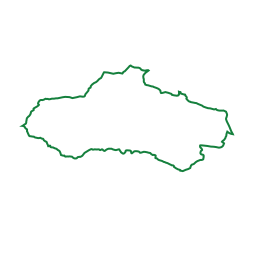 the district of Rondón, Boyacá, Colombia, rotated 248°
{"feature_id": "7082276B99047670325633", "entity_name": "Rondón", "entity_type": "district", "adm_level": 2, "iso_a3": "COL", "parent_name": "Colombia", "parent_adm1": "Boyacá", "projection": "equal_earth", "projection_center": [-73.204, 5.384], "detail": "fine", "context": "isolated", "style": "outline", "palette": "green", "viewbox_px": 256, "rotation_deg": 248, "n_neighbors": 0, "source": "geoboundaries", "source_scale": "gbopen_adm2", "svg_char_len": 5783}
<svg xmlns="http://www.w3.org/2000/svg" viewBox="0 0 256 256"><g transform="rotate(248 128 128)"><path d="M68.4,161.4L67.8,162.1L67.5,162.8L67.6,166.0L67.4,168.4L67.6,170.7L68.5,171.4L69.6,172.4L70.1,173.5L70.0,174.5L70.0,175.6L70.9,177.9L71.2,179.2L71.3,180.1L71.3,183.1L70.9,183.9L70.7,184.9L70.8,186.0L72.6,187.2L73.4,187.4L73.6,187.7L74.0,187.8L74.6,187.8L75.1,187.5L76.0,186.2L76.4,185.9L77.2,185.7L77.8,185.8L79.2,186.8L79.5,187.5L79.7,188.2L79.9,188.5L80.6,188.6L81.6,188.4L83.0,187.8L83.6,187.8L84.6,188.2L84.8,188.4L84.7,188.9L84.0,190.4L81.7,194.7L79.7,197.9L78.5,200.5L77.4,202.4L75.8,204.8L75.5,205.7L75.4,206.3L75.3,207.3L75.4,208.1L75.9,209.4L76.6,210.2L77.8,211.3L80.0,210.0L80.4,210.6L80.6,211.1L80.8,212.2L81.2,213.0L82.1,214.4L83.0,215.1L83.7,216.0L84.4,216.5L85.1,216.8L86.1,217.5L87.4,218.7L85.7,219.7L85.2,220.1L84.0,221.4L83.0,222.9L83.5,222.9L84.4,222.7L86.6,222.5L87.8,222.5L91.0,222.5L93.3,222.4L97.1,222.1L99.4,222.2L99.9,222.4L100.6,222.9L101.2,223.5L103.0,224.8L103.4,224.9L104.1,225.0L106.4,225.0L107.8,223.7L108.4,223.1L109.2,220.9L110.0,219.1L110.8,217.9L111.2,217.4L111.9,216.9L112.3,216.7L112.7,216.6L112.8,215.7L112.9,215.0L113.1,214.6L115.4,211.6L116.4,209.6L117.9,207.8L119.6,205.9L121.0,205.1L124.1,201.9L125.4,200.8L126.4,199.1L126.7,198.7L128.3,196.2L128.6,195.8L129.0,195.6L129.2,195.2L129.9,194.5L130.4,194.2L130.8,194.0L131.2,193.9L131.7,193.6L133.3,193.1L133.7,193.6L134.0,193.8L134.3,193.9L135.1,193.9L136.6,193.3L136.8,193.3L137.4,193.5L137.5,193.5L137.7,193.3L138.5,191.9L138.9,191.5L139.8,190.3L140.7,190.0L141.0,189.9L141.5,190.1L141.8,189.9L142.2,189.1L142.5,188.8L142.2,188.7L141.9,188.9L141.6,188.9L141.3,188.5L141.1,188.3L140.8,188.3L140.5,188.1L140.2,188.1L139.9,187.7L139.9,187.4L139.7,187.1L139.4,186.9L139.4,186.7L139.6,185.4L140.2,184.5L140.4,184.0L141.2,182.7L142.1,181.4L142.4,181.1L142.8,181.1L143.2,181.1L143.4,181.0L144.4,179.8L145.4,178.7L147.3,176.1L147.6,173.2L147.8,172.5L148.0,171.8L148.2,171.7L149.4,171.7L150.0,171.9L150.6,172.0L151.4,171.7L152.8,171.0L154.4,169.5L156.4,167.2L157.1,166.7L157.8,165.4L160.1,162.6L160.7,161.5L161.8,160.3L162.3,160.3L163.1,160.4L164.3,160.0L165.0,160.0L167.5,161.0L168.5,161.0L170.2,161.5L170.9,162.0L171.5,162.6L172.6,164.8L173.2,167.1L173.4,167.9L173.6,168.6L174.1,168.3L174.5,167.0L174.8,165.2L176.2,162.9L177.4,162.0L178.6,161.7L179.1,161.3L179.9,160.5L181.7,156.6L183.9,154.4L184.9,153.9L184.9,153.2L184.9,152.8L184.1,151.3L181.8,146.3L181.7,144.9L181.3,144.1L180.7,143.5L180.6,143.2L182.7,140.0L183.3,137.5L183.8,134.7L186.9,130.2L188.6,126.8L188.6,126.5L188.4,126.3L185.2,122.7L184.5,121.8L184.2,119.8L183.7,118.6L183.0,117.2L182.5,115.5L182.4,113.4L181.7,110.9L180.7,109.1L179.7,108.6L179.5,108.4L179.3,106.6L179.2,106.3L177.5,105.3L176.5,103.5L175.3,101.2L173.8,99.9L173.6,99.1L173.9,97.9L175.3,95.4L175.4,94.9L175.7,92.3L176.5,87.9L176.6,87.6L178.5,85.4L180.4,81.4L181.0,78.9L181.9,73.8L182.5,72.3L182.9,70.4L183.7,68.4L183.9,66.7L184.2,65.5L184.5,65.1L185.0,64.6L185.3,63.6L186.0,62.5L186.0,62.2L185.8,60.7L185.9,59.3L186.6,57.7L186.6,56.9L186.5,56.3L185.5,54.7L185.0,54.2L184.5,53.8L184.0,53.7L183.5,53.9L182.9,54.1L182.5,53.6L182.0,51.7L181.5,48.1L181.2,47.6L180.1,47.4L179.9,46.9L179.8,46.3L179.6,44.9L179.4,44.3L179.0,44.0L178.6,43.6L178.0,43.3L177.8,43.0L177.2,42.6L176.1,40.8L175.9,39.8L175.6,39.2L175.3,38.6L174.9,37.9L173.9,37.2L173.4,37.0L172.6,36.4L171.9,36.0L171.2,35.7L170.4,35.0L170.2,34.5L170.1,33.7L169.9,32.7L169.6,31.7L169.5,31.0L169.4,31.2L168.7,32.0L167.8,32.6L167.3,32.7L166.7,32.7L165.6,33.1L165.3,33.4L164.9,33.7L164.3,33.8L162.7,33.1L161.6,33.3L160.2,33.2L159.3,33.4L158.8,33.3L158.0,33.4L157.4,33.6L157.1,34.1L156.6,35.0L156.2,35.6L155.8,36.3L155.2,37.5L154.4,37.9L153.9,38.5L153.1,39.7L152.4,40.7L152.2,41.1L151.9,42.1L151.8,43.0L150.8,43.8L150.4,44.2L149.9,45.1L149.5,45.3L148.1,45.4L147.2,46.0L146.9,46.1L146.3,46.6L146.0,46.9L145.8,47.2L145.4,47.3L143.8,47.2L142.6,47.3L141.6,47.4L141.3,47.2L141.0,47.2L140.9,47.5L140.9,48.2L140.9,49.0L140.7,49.2L140.1,49.0L139.6,49.0L139.2,49.2L139.0,49.6L138.7,49.9L138.1,51.2L137.6,51.6L136.9,52.3L136.7,52.4L135.5,53.9L135.1,54.1L134.0,54.6L133.8,54.8L133.5,55.0L133.2,55.3L132.1,55.9L130.8,56.0L128.0,55.8L126.6,57.6L126.4,58.0L126.3,58.6L125.9,58.8L125.5,58.8L125.2,59.0L124.9,59.3L124.4,61.0L123.9,62.0L123.7,62.9L122.9,64.4L122.4,65.3L121.6,65.7L120.8,66.1L119.9,66.9L119.5,67.7L119.2,68.7L119.2,69.2L119.8,70.4L119.5,72.2L119.2,72.6L119.1,73.2L119.2,74.3L119.4,75.3L121.2,78.4L122.1,83.8L122.2,86.0L121.7,86.8L121.1,87.3L120.8,88.3L120.7,89.1L119.8,90.9L119.3,92.5L119.1,92.9L118.7,93.4L118.1,93.7L117.9,94.1L117.9,94.5L118.0,95.8L117.9,96.0L117.5,96.4L116.6,96.7L115.9,97.2L115.6,97.5L115.5,98.0L115.9,99.3L116.1,100.4L116.1,102.0L115.9,102.7L114.9,105.0L114.0,105.8L113.0,107.0L112.3,108.0L112.0,108.6L111.9,109.4L111.7,111.2L111.6,111.6L111.4,111.9L109.7,112.1L108.8,112.4L108.1,112.4L107.4,112.9L106.5,113.4L106.0,114.0L105.9,114.7L106.1,115.4L106.9,116.8L107.8,117.4L107.9,118.0L107.6,118.9L106.7,120.8L106.1,121.7L105.5,122.0L103.6,121.7L103.3,121.8L103.1,122.2L104.0,125.1L103.9,125.6L103.6,126.5L103.0,127.8L102.3,128.9L101.8,129.4L101.2,129.7L100.7,129.8L100.5,130.0L100.3,130.7L100.2,131.4L100.1,132.8L100.0,133.7L99.5,134.8L98.2,136.8L97.6,137.5L96.9,138.6L96.4,139.3L95.6,139.6L94.8,139.9L94.3,140.4L93.7,140.8L93.6,141.0L93.6,141.5L93.4,142.0L92.5,143.1L92.1,143.3L91.7,143.2L90.8,142.6L90.2,142.3L89.8,142.2L89.6,142.4L89.4,142.9L89.1,143.3L87.6,144.0L86.8,144.6L86.2,145.3L85.1,146.7L84.5,147.4L83.1,148.5L82.8,149.1L81.8,150.0L80.6,151.5L79.9,152.1L78.6,153.2L77.7,154.1L77.0,154.6L76.6,155.6L76.3,155.9L75.8,156.2L75.4,156.3L74.7,156.1L73.8,156.7L72.8,157.3L70.8,159.0L69.7,160.5L68.9,160.4L68.7,160.7L68.6,161.0L68.4,161.4Z" fill="none" stroke="#15803d" stroke-width="2"/></g></svg>